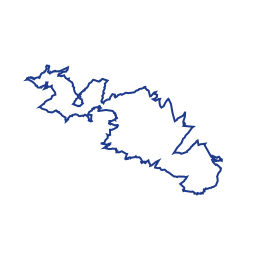 Huaquechula, Puebla, Mexico (Robinson projection), rotated 65°
{"feature_id": "50627088B22944090632500", "entity_name": "Huaquechula", "entity_type": "district", "adm_level": 2, "iso_a3": "MEX", "parent_name": "Mexico", "parent_adm1": "Puebla", "projection": "robinson", "projection_center": [-98.531, 18.757], "detail": "fine", "context": "isolated", "style": "outline", "palette": "blue", "viewbox_px": 256, "rotation_deg": 65, "n_neighbors": 0, "source": "geoboundaries", "source_scale": "gbopen_adm2", "svg_char_len": 5784}
<svg xmlns="http://www.w3.org/2000/svg" viewBox="0 0 256 256"><g transform="rotate(65 128 128)"><path d="M38.2,173.4L37.7,174.8L37.3,174.8L37.1,175.2L37.8,176.3L39.8,176.6L41.6,179.0L41.4,179.8L42.2,180.3L42.0,182.7L42.5,184.2L45.0,186.9L44.3,187.2L44.6,187.7L43.9,188.7L43.6,191.0L44.2,192.4L43.1,193.3L42.6,192.8L41.5,193.8L41.7,194.6L40.9,194.8L41.0,195.7L40.3,196.5L40.5,197.4L40.3,198.5L41.0,198.7L41.3,199.7L41.8,198.0L45.7,195.0L49.4,193.5L50.7,193.8L51.3,192.6L52.9,192.8L53.7,191.8L54.3,190.3L54.1,189.8L54.6,189.5L54.0,188.7L54.3,188.0L53.9,187.2L54.4,185.2L53.4,183.8L53.6,183.3L52.2,182.9L52.7,181.8L54.9,183.5L55.5,183.3L56.2,185.7L57.1,187.2L57.4,184.4L56.9,183.0L57.7,180.9L57.6,179.3L59.3,180.1L65.0,179.1L67.1,179.7L66.9,183.1L69.0,185.2L68.9,189.8L69.3,192.2L70.6,193.8L70.4,194.3L71.6,199.4L71.8,198.8L73.7,198.1L74.9,197.0L77.3,194.2L79.5,193.6L80.2,192.8L81.9,190.0L81.6,185.8L82.9,185.4L82.9,185.0L83.5,184.9L84.1,184.1L84.3,184.5L86.7,182.9L88.8,182.5L92.2,180.2L94.0,181.3L94.8,180.9L95.9,181.6L95.7,180.7L95.0,180.5L95.0,178.7L94.2,178.6L92.7,175.3L93.6,173.6L92.8,173.0L93.4,169.7L94.7,168.2L96.4,167.4L96.9,166.6L97.5,164.0L98.3,163.5L97.7,161.6L98.2,160.9L101.1,159.4L103.8,159.7L104.6,160.4L106.2,159.1L106.4,157.9L105.1,158.1L100.8,155.6L99.0,158.6L97.1,156.5L96.8,153.2L95.5,152.2L96.3,150.8L95.9,150.1L95.3,150.1L95.4,149.7L96.4,146.3L96.9,146.4L96.8,144.9L96.0,145.0L96.0,144.5L96.5,144.3L96.8,144.7L97.5,144.7L98.2,144.3L98.1,145.3L98.8,145.7L99.2,147.2L100.1,147.6L102.4,140.3L106.0,134.8L108.4,133.9L108.7,134.2L109.3,133.4L110.6,134.1L111.2,133.5L113.0,134.4L113.9,133.7L114.4,133.8L114.5,136.0L115.2,136.2L114.8,136.4L114.7,140.2L113.9,141.8L115.1,142.0L114.9,142.6L115.9,143.3L117.2,142.4L117.1,141.5L118.0,140.6L120.0,138.9L120.9,136.1L121.7,136.1L121.9,137.5L122.7,137.6L122.9,140.9L122.8,143.6L122.0,145.1L126.7,147.1L126.5,148.4L125.4,149.5L126.7,149.4L126.7,149.9L128.4,150.6L129.6,153.8L131.4,155.6L130.5,159.2L134.1,154.4L134.5,150.6L135.0,150.9L134.8,152.0L135.5,152.3L134.9,153.3L135.5,153.7L135.0,154.7L135.9,155.1L135.5,156.0L135.9,158.0L136.2,157.1L137.3,156.4L138.9,154.2L140.0,151.8L140.2,150.3L140.8,149.8L141.7,147.7L143.0,148.3L143.3,147.7L144.4,148.3L144.6,147.8L145.2,148.5L146.4,145.9L146.4,143.5L150.9,140.4L151.1,139.9L154.4,143.2L154.5,142.8L155.4,143.0L155.9,141.2L155.2,141.1L155.2,139.5L155.5,138.5L156.4,138.6L156.2,137.9L157.4,133.7L157.0,132.8L158.4,132.3L159.4,130.0L160.9,129.4L164.1,129.2L164.3,130.5L165.5,130.4L165.2,127.8L166.3,127.7L166.1,126.8L167.0,126.7L166.3,125.3L166.0,123.2L168.2,123.6L170.8,123.2L171.7,123.9L171.9,122.4L170.5,116.8L170.5,114.0L171.3,115.4L172.4,116.4L173.9,119.1L175.3,120.2L176.9,118.1L177.7,115.9L179.7,115.7L180.4,115.0L181.2,112.4L183.0,111.5L183.6,111.6L185.4,110.0L191.4,106.8L192.0,105.4L193.3,104.2L193.1,103.2L195.7,97.9L197.1,96.0L197.2,95.2L198.7,97.4L199.0,98.7L199.8,99.4L200.8,104.3L205.9,102.2L207.1,103.0L207.2,104.3L208.6,104.4L208.7,103.5L212.5,97.8L212.9,96.3L214.2,95.4L215.6,95.5L215.8,94.2L217.3,93.5L217.2,92.7L216.5,92.3L218.4,89.9L217.7,89.1L218.9,87.8L217.9,87.0L217.7,85.4L216.5,84.9L216.2,85.4L215.7,85.1L216.3,83.7L215.7,83.0L216.6,82.0L216.9,79.1L217.4,77.8L217.1,76.8L217.5,75.4L217.1,72.5L213.9,69.1L210.8,67.9L209.8,67.9L207.2,65.2L205.9,62.3L204.8,61.4L204.0,61.4L203.7,60.8L198.6,63.0L198.7,63.9L197.2,64.6L195.4,65.1L195.0,64.8L194.5,65.3L192.3,65.3L192.2,63.9L191.5,63.9L191.3,63.4L192.0,62.7L193.7,63.2L195.1,62.5L195.2,62.2L194.4,61.7L196.0,60.1L196.3,58.0L197.4,56.9L196.4,56.3L196.0,56.3L194.7,57.6L194.4,57.3L192.5,57.7L192.3,59.7L192.6,60.0L188.7,63.4L189.6,64.5L189.1,64.8L175.7,65.8L174.9,64.5L173.4,69.2L173.3,71.3L168.8,70.2L169.0,71.5L170.2,73.4L170.3,74.8L170.9,75.5L170.8,76.5L171.5,77.3L171.8,78.9L172.9,80.4L173.9,84.3L174.6,84.7L173.9,90.7L172.9,91.1L171.8,92.5L170.0,96.0L170.0,96.9L166.8,92.0L164.1,85.8L161.1,82.7L160.5,80.5L159.1,78.9L157.8,75.2L154.9,70.1L154.5,68.3L149.9,76.2L149.7,75.2L148.6,76.1L148.2,74.9L147.3,75.5L146.9,74.8L145.8,75.4L141.9,71.8L138.4,69.8L137.3,69.6L138.5,70.3L140.1,72.9L140.4,79.2L141.3,80.2L141.6,82.7L133.3,81.3L124.2,78.9L118.9,79.0L119.2,79.9L118.9,80.1L120.6,83.1L123.3,86.5L123.6,89.1L121.7,89.5L119.5,89.1L116.5,88.0L115.2,86.6L114.7,87.9L114.9,91.6L112.5,93.2L112.8,91.3L112.0,88.6L110.2,87.6L108.4,89.4L107.2,87.6L106.9,89.3L108.8,93.6L108.7,94.6L103.0,93.6L101.9,94.1L101.7,94.6L99.4,95.4L98.1,94.9L97.8,96.1L98.2,97.0L98.1,99.1L97.4,101.3L98.0,102.6L97.6,104.8L98.4,107.1L96.5,113.0L95.2,115.0L95.3,119.6L94.2,120.3L94.0,123.2L94.7,124.5L94.9,126.6L93.9,126.8L93.7,126.2L92.3,125.8L90.8,127.8L92.7,131.2L94.3,132.6L93.5,134.7L93.9,138.3L95.2,139.8L93.5,140.4L93.5,140.9L92.4,140.8L89.8,137.8L88.1,137.9L87.3,136.3L86.3,135.8L86.2,135.0L85.3,135.3L84.2,134.8L82.5,132.5L81.1,132.3L80.8,131.4L80.0,130.8L78.1,130.3L76.4,126.5L72.6,130.5L73.6,133.2L73.2,133.7L73.7,134.8L70.6,137.9L69.7,139.0L69.7,139.6L71.0,142.0L71.2,144.4L73.4,146.7L74.4,149.0L74.2,150.1L75.4,151.2L75.1,151.9L75.5,152.2L75.2,152.7L75.8,153.7L75.7,154.4L76.5,156.2L77.2,156.5L76.7,157.3L78.2,158.0L79.5,157.9L81.3,159.0L82.6,157.8L84.9,158.3L85.4,158.9L86.6,158.5L87.8,162.4L87.1,163.1L87.3,163.7L87.0,164.1L83.1,167.7L82.6,166.1L81.4,165.3L80.9,163.9L79.8,162.7L79.6,160.2L77.4,159.9L77.4,159.1L74.9,160.8L72.6,161.0L69.6,160.5L68.7,159.7L66.6,160.4L65.9,159.6L63.1,159.4L59.4,161.7L58.3,160.8L58.0,162.3L56.2,163.4L53.2,163.7L53.1,166.1L52.5,166.4L52.4,167.3L51.4,167.9L51.2,169.1L50.5,168.7L50.9,167.7L49.6,167.3L50.1,166.0L50.0,164.6L49.5,164.0L50.7,160.2L50.2,159.7L49.8,158.3L47.7,156.8L47.7,165.6L46.3,169.4L45.6,169.5L45.2,170.6L45.6,171.3L45.1,171.7L45.4,173.9L44.5,174.5L45.5,175.8L43.5,176.8L42.9,176.6L42.4,175.6L40.8,175.1L39.1,173.4L38.2,173.4Z" fill="none" stroke="#1e3a8a" stroke-width="2"/></g></svg>